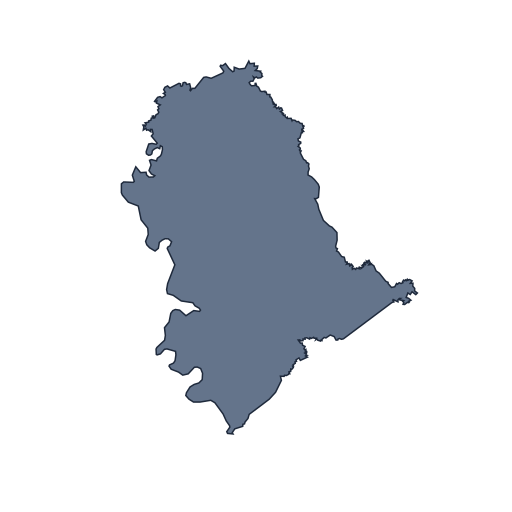 Phon Charoen, Bueng Kan, Thailand, rotated 27°
{"feature_id": "78962969B2501060362083", "entity_name": "Phon Charoen", "entity_type": "district", "adm_level": 2, "iso_a3": "THA", "parent_name": "Thailand", "parent_adm1": "Bueng Kan", "projection": "albers", "projection_center": [103.668, 18.069], "detail": "fine", "context": "isolated", "style": "filled", "palette": "slate", "viewbox_px": 512, "rotation_deg": 27, "n_neighbors": 0, "source": "geoboundaries", "source_scale": "gbopen_adm2", "svg_char_len": 6129}
<svg xmlns="http://www.w3.org/2000/svg" viewBox="0 0 512 512"><g transform="rotate(27 256 256)"><path d="M310.4,420.4L309.7,425.8L311.2,427.0L316.3,425.0L315.0,424.2L315.6,419.6L321.5,413.8L320.7,411.9L322.0,410.8L321.6,409.0L322.6,404.4L321.8,400.2L332.8,377.6L335.3,368.6L335.1,355.3L332.3,352.0L335.7,350.5L335.5,349.4L337.3,348.7L338.8,346.6L338.5,345.7L339.4,345.5L338.0,344.1L339.3,343.1L338.3,341.0L339.3,340.9L339.9,338.4L338.7,337.6L339.4,337.0L338.4,336.1L339.7,333.8L338.8,332.7L339.9,331.4L338.8,330.5L339.2,329.6L340.6,327.3L342.9,328.9L347.7,322.8L345.6,322.6L346.5,321.4L345.5,321.6L345.1,320.2L344.2,320.3L345.1,319.2L344.6,318.2L343.5,318.9L343.8,318.0L342.8,316.6L342.3,317.5L340.8,316.9L340.8,314.3L338.0,314.4L336.7,312.6L335.2,313.5L331.7,311.7L333.1,310.8L334.3,311.4L336.3,310.1L335.6,308.6L337.5,307.8L336.8,306.9L338.3,305.8L341.5,305.7L341.2,304.3L342.7,304.3L344.3,302.3L345.1,302.9L347.2,301.8L347.3,303.4L347.9,302.3L349.3,303.0L352.1,302.5L351.9,301.8L353.2,301.4L352.6,300.5L353.7,297.6L355.5,297.3L358.0,292.7L362.2,292.3L365.5,294.6L367.0,293.7L366.8,292.7L367.8,291.6L370.0,291.4L371.5,290.1L398.2,235.8L399.7,234.3L398.0,233.3L398.0,232.5L403.3,232.4L402.4,230.5L403.0,228.7L403.9,228.3L403.3,229.3L404.1,229.9L407.8,228.7L407.3,229.8L408.7,230.2L409.0,232.3L410.5,231.7L411.8,228.8L413.3,228.2L413.5,227.3L412.6,227.0L414.1,225.1L411.1,224.4L408.6,224.8L408.1,220.0L410.9,220.3L411.3,217.0L415.9,217.9L416.6,215.7L413.2,215.1L412.1,212.8L409.4,211.7L408.2,209.0L405.9,210.3L406.4,207.3L403.6,207.2L402.2,208.3L402.7,209.2L401.3,208.1L401.0,209.8L400.0,209.4L399.6,210.6L398.4,210.5L398.3,212.6L399.0,213.1L397.7,214.7L395.7,214.8L394.9,216.9L393.7,216.7L393.6,220.4L391.0,222.5L386.2,220.6L385.7,219.5L383.1,219.6L373.6,215.3L369.8,214.8L365.4,211.2L362.9,210.9L361.0,212.3L361.6,210.8L360.6,211.4L360.9,210.2L358.6,208.5L358.0,209.4L358.6,210.6L356.8,210.4L358.0,211.7L355.7,212.2L355.4,213.0L356.8,213.7L355.9,214.0L356.8,214.6L354.5,215.6L355.6,215.2L356.0,215.9L355.1,216.3L356.6,216.7L355.5,219.0L355.0,218.3L354.0,219.3L352.5,218.8L354.1,220.4L350.9,221.1L350.9,222.7L348.9,222.4L347.9,224.1L346.9,222.6L347.3,221.2L345.1,220.1L343.8,219.8L345.0,220.8L344.1,222.3L342.4,220.5L340.4,222.2L340.5,220.9L339.5,220.5L340.3,220.4L339.9,219.9L338.4,220.7L335.2,217.0L332.5,217.6L327.6,215.0L325.5,215.0L325.2,212.5L323.6,212.5L322.5,211.1L321.1,205.1L317.5,198.4L310.6,195.8L307.7,195.9L299.9,193.7L290.8,185.9L287.5,181.8L282.2,178.2L283.7,177.5L285.0,175.4L281.1,165.9L278.9,163.8L273.6,161.5L269.7,160.3L265.6,160.2L264.3,157.5L263.8,154.1L261.9,152.0L261.4,150.0L259.6,149.4L258.8,150.0L257.1,148.5L254.5,148.3L248.6,144.0L248.5,141.9L247.3,142.4L246.5,141.7L247.0,140.6L246.3,139.7L243.7,139.2L244.2,138.3L243.4,137.4L244.7,135.4L244.2,134.2L241.5,134.2L240.2,132.6L241.5,130.8L240.4,125.4L241.3,125.1L240.8,124.2L241.9,123.4L240.5,122.7L239.9,123.3L239.2,122.3L240.4,120.7L239.4,119.7L239.9,118.8L239.4,118.2L238.5,118.8L236.9,117.0L235.2,117.7L232.7,116.9L231.3,117.9L229.2,117.4L226.7,118.3L226.7,119.1L224.8,117.4L221.5,119.2L220.9,118.2L220.5,119.0L218.7,118.6L217.9,117.2L216.6,118.3L215.7,117.2L214.4,117.8L215.4,116.5L212.2,116.2L213.6,114.3L211.6,112.6L210.8,112.7L210.1,114.4L208.6,113.0L207.6,115.2L205.7,114.2L204.8,114.6L205.7,112.7L205.1,111.9L203.9,112.5L203.0,111.9L203.3,112.8L202.2,112.8L201.5,111.0L200.8,111.2L199.6,109.4L197.0,107.7L196.0,107.9L195.1,105.8L192.4,107.1L190.6,105.3L189.8,105.9L189.2,105.1L186.5,106.9L185.0,107.0L181.5,104.4L179.7,104.4L177.5,102.2L176.9,102.6L177.8,104.5L174.7,106.4L172.9,105.8L171.2,104.7L171.9,102.7L173.9,101.6L173.9,98.9L172.4,97.6L174.1,97.8L175.0,96.3L176.8,96.7L179.3,95.0L180.2,92.9L179.2,92.6L178.4,90.7L176.3,90.2L176.3,89.2L171.1,91.1L172.0,88.4L171.3,85.9L168.2,87.7L167.0,85.0L163.3,87.4L161.1,85.6L161.0,93.8L156.1,97.1L150.9,97.7L152.5,101.1L151.6,102.4L146.8,101.2L141.4,98.4L139.9,101.5L137.9,102.1L137.9,103.2L143.4,106.0L143.4,107.9L135.4,118.0L130.3,119.1L128.3,120.6L125.4,134.4L123.2,135.5L122.6,138.5L121.9,138.3L121.4,135.7L118.7,132.7L116.2,134.7L114.9,133.5L113.7,133.6L112.4,134.7L113.2,137.6L112.6,138.6L111.6,138.7L110.7,136.9L109.0,137.1L103.0,145.4L100.0,144.6L98.2,147.1L98.2,149.7L100.9,151.3L99.7,153.2L101.9,153.4L102.4,154.2L100.4,157.8L98.2,157.5L96.3,159.3L95.4,164.3L96.2,164.4L97.3,162.9L97.9,165.0L102.1,164.8L100.8,167.4L102.6,168.9L102.0,170.5L104.1,172.0L104.0,173.9L102.8,175.4L103.1,178.9L102.4,179.5L101.2,177.6L100.1,178.5L101.2,179.9L100.1,180.7L100.7,182.7L99.0,184.4L99.6,185.5L96.7,187.7L98.3,188.4L98.5,190.4L96.9,190.0L95.8,190.7L97.4,191.8L98.4,194.9L99.9,192.2L101.4,193.6L102.5,192.5L105.8,193.0L104.5,191.1L106.0,190.4L108.9,193.8L108.3,196.6L116.8,200.3L116.3,201.8L112.2,202.9L109.6,204.9L110.8,213.0L112.0,214.7L114.6,215.0L116.1,213.9L116.8,212.3L115.9,209.2L116.9,206.7L118.8,204.2L121.5,204.1L120.7,201.1L122.9,201.2L124.4,203.8L125.5,208.3L125.4,210.3L123.7,213.7L124.2,216.4L119.0,217.6L117.7,219.1L121.2,222.6L121.9,228.5L125.6,230.4L129.4,230.4L128.7,232.2L124.9,234.3L121.8,233.5L120.0,231.3L115.3,234.1L108.4,231.1L109.1,240.1L113.7,244.8L113.2,246.1L104.5,250.1L103.3,252.8L107.3,260.7L109.3,262.4L117.8,266.0L128.4,264.9L137.2,275.9L146.9,280.3L150.2,285.7L151.0,293.1L153.6,295.6L157.5,297.0L163.8,297.4L165.5,293.5L163.7,287.8L165.1,284.6L167.1,281.9L170.1,280.5L174.3,281.6L174.7,286.0L173.3,288.2L173.5,289.6L187.7,300.7L189.8,320.7L191.6,326.5L194.2,329.7L200.1,328.6L209.8,330.0L220.9,326.3L224.3,328.1L229.1,328.3L231.1,329.4L230.8,331.0L225.3,332.9L220.7,341.0L212.5,338.9L208.4,340.3L206.7,342.4L206.1,345.8L208.5,354.2L207.0,361.4L211.3,367.9L212.8,372.6L209.2,382.5L209.2,384.3L211.9,389.0L212.8,389.0L215.3,386.6L216.8,380.7L218.9,379.2L227.6,377.5L229.5,380.4L231.4,386.0L231.1,388.9L228.4,392.3L228.5,393.6L231.8,395.4L239.7,394.6L244.8,395.4L249.1,391.8L251.6,383.1L254.1,381.6L257.8,381.4L261.6,384.7L264.2,390.6L262.7,395.1L259.2,398.5L256.7,402.6L256.1,409.3L256.8,412.2L261.3,414.0L266.6,414.5L272.5,411.5L281.2,405.1L286.0,405.4L298.4,411.7L304.3,416.4L309.5,419.2L310.4,420.4Z" fill="#64748b" stroke="#1e293b" stroke-width="1.5"/></g></svg>